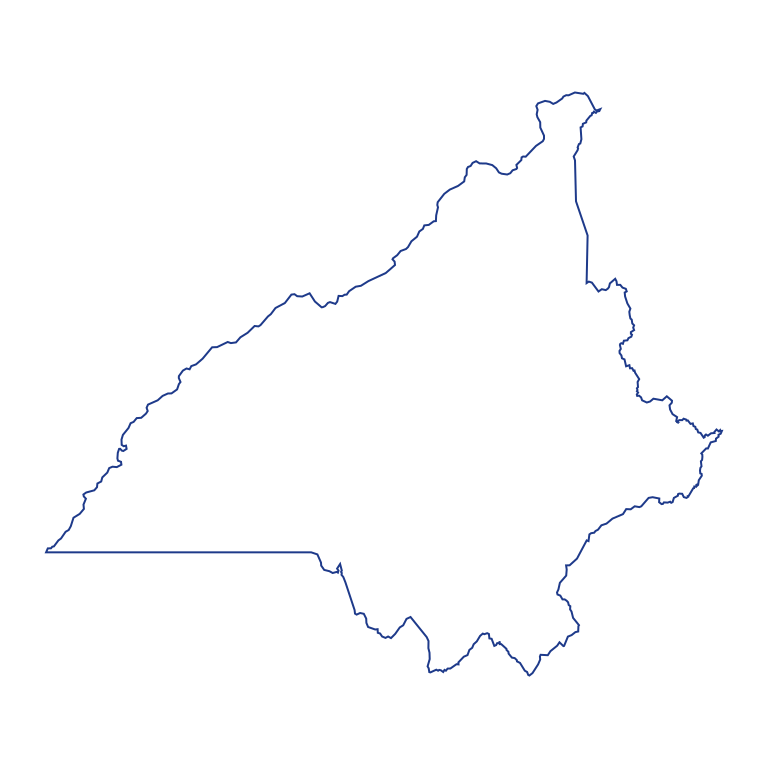 Malema, Nampula, Mozambique (Natural Earth projection)
{"feature_id": "85939544B80247740523844", "entity_name": "Malema", "entity_type": "district", "adm_level": 2, "iso_a3": "MOZ", "parent_name": "Mozambique", "parent_adm1": "Nampula", "projection": "natural_earth1", "projection_center": [37.595, -14.735], "detail": "fine", "context": "isolated", "style": "outline", "palette": "blue", "viewbox_px": 768, "rotation_deg": 0, "n_neighbors": 0, "source": "geoboundaries", "source_scale": "gbopen_adm2", "svg_char_len": 6098}
<svg xmlns="http://www.w3.org/2000/svg" viewBox="0 0 768 768"><path d="M532.5,673.1L538.1,664.4L540.2,659.5L539.9,656.5L540.6,654.8L547.8,655.2L550.4,651.2L557.2,645.7L559.5,642.3L563.4,646.1L564.1,645.9L567.9,636.6L571.6,635.1L575.4,632.1L578.2,631.5L578.4,626.2L579.0,625.2L573.1,617.9L571.5,611.5L570.1,609.4L570.3,606.2L568.7,605.0L568.1,602.3L566.6,600.7L564.7,599.4L562.5,599.4L560.3,595.6L557.5,594.5L557.0,592.5L558.4,589.5L559.9,582.8L566.2,575.6L566.7,569.5L566.1,565.4L569.6,565.3L577.0,558.6L586.7,540.4L588.5,541.1L589.4,534.4L591.1,533.2L594.2,532.7L595.5,531.0L598.0,529.7L601.4,525.3L606.5,523.6L612.5,518.6L623.0,514.1L626.2,509.1L630.7,509.3L634.7,506.3L639.4,507.1L641.3,506.3L648.6,497.9L652.6,497.2L659.3,498.5L659.1,502.2L661.6,504.1L662.9,503.9L663.9,502.4L667.7,502.6L670.2,501.7L671.2,502.8L672.6,502.1L673.9,497.9L677.9,495.7L678.0,494.2L679.2,493.6L682.2,493.8L683.8,497.1L686.5,497.9L688.1,496.8L687.8,496.1L688.8,495.7L693.2,488.3L694.1,488.1L694.3,486.5L696.1,486.7L696.4,484.8L697.3,484.4L697.5,485.4L698.1,484.9L698.8,480.2L701.8,475.7L701.6,473.9L700.3,473.4L700.0,470.5L700.4,467.9L701.5,466.3L700.9,461.3L702.1,459.9L702.4,456.9L702.3,454.6L701.3,453.4L706.2,448.4L707.9,448.5L710.7,442.4L715.8,441.0L716.0,438.6L718.6,436.7L718.5,434.8L720.7,433.7L721.9,430.9L720.6,431.0L720.2,430.1L719.0,431.5L716.5,429.5L714.3,432.1L714.5,433.0L711.0,433.3L707.9,435.7L706.0,434.5L704.8,435.5L704.7,437.1L703.7,437.7L700.5,432.9L698.2,432.4L697.3,429.6L695.8,429.0L695.3,426.8L693.5,426.1L692.8,423.4L690.5,423.9L687.8,420.4L686.5,420.6L686.2,419.6L683.6,418.7L682.3,420.1L679.3,420.1L677.9,421.2L677.8,422.5L676.4,421.8L677.2,421.8L676.2,421.1L677.1,417.1L672.6,414.2L670.1,409.5L669.5,405.3L671.8,402.7L672.0,400.7L666.8,396.3L662.3,400.3L653.4,398.7L650.1,401.5L646.8,402.5L642.1,400.3L641.1,397.4L639.1,395.7L637.2,395.9L636.8,394.5L638.1,392.5L636.9,391.2L637.5,390.1L636.9,388.3L638.0,387.1L637.6,382.0L639.2,379.1L635.1,372.7L634.5,370.5L633.5,370.8L632.2,368.2L630.0,368.3L629.4,365.2L626.1,366.3L624.5,359.4L622.0,358.3L621.4,355.4L619.6,353.1L619.5,350.9L620.8,348.9L619.9,345.0L620.3,343.8L621.3,343.2L622.9,343.8L623.9,340.7L627.4,340.3L628.5,338.1L631.3,336.7L632.0,334.7L630.9,333.8L630.9,332.1L634.1,330.1L633.2,327.6L634.1,325.3L632.3,323.5L631.7,319.6L630.4,318.5L629.7,315.1L629.3,311.8L630.4,308.6L627.4,303.5L625.1,296.5L624.7,292.5L626.7,291.4L625.8,288.8L622.5,287.6L620.3,284.9L617.0,284.9L616.5,281.3L615.2,278.8L609.9,283.4L609.0,287.1L607.8,288.7L605.8,290.1L601.8,289.2L598.5,291.5L591.9,282.6L588.8,281.6L586.6,283.1L587.6,235.5L576.0,201.3L575.0,160.4L573.7,156.5L577.6,150.2L578.1,148.3L577.6,147.5L578.9,144.1L580.3,143.5L581.4,139.2L580.6,127.4L582.6,126.4L582.9,123.8L586.2,122.4L586.4,120.6L590.3,115.9L591.6,115.3L592.2,113.0L593.2,112.9L593.8,111.7L595.9,112.9L597.0,111.5L599.3,111.1L600.3,109.1L596.7,110.5L594.9,109.5L587.9,96.1L584.4,92.9L583.3,93.8L574.9,92.5L568.6,95.3L566.2,95.2L563.4,96.6L562.2,98.5L556.5,102.5L553.2,103.9L549.8,101.8L545.0,100.9L538.0,103.4L536.3,106.1L537.6,109.8L536.7,114.3L537.4,117.2L540.2,122.2L540.3,127.6L544.0,135.6L544.0,138.9L542.8,141.2L536.0,145.9L525.7,156.7L523.1,156.5L521.6,157.4L521.3,160.1L516.4,164.9L517.1,168.0L516.4,169.0L512.6,170.3L510.3,173.2L507.2,174.5L501.6,173.7L498.9,172.4L496.2,168.3L492.3,165.1L486.3,163.5L479.6,163.4L476.1,161.2L472.6,162.9L470.6,166.0L468.0,167.0L466.8,169.0L466.6,174.9L464.8,177.3L464.2,181.4L458.1,185.9L449.8,189.6L444.3,193.8L437.7,202.2L437.3,205.0L438.0,207.3L436.2,215.3L435.9,221.1L433.7,221.3L428.8,224.9L424.3,225.4L422.9,228.9L419.3,231.5L417.0,236.7L411.4,241.3L408.0,247.1L406.0,249.0L400.6,251.0L397.2,255.2L393.1,258.2L392.5,259.3L394.6,261.6L395.0,265.0L385.8,273.0L368.4,281.1L360.9,285.8L355.7,286.7L349.1,291.2L346.7,294.6L344.6,294.7L342.4,296.1L338.6,295.9L337.2,301.6L335.4,303.9L330.0,302.1L327.9,302.9L325.1,306.1L322.9,307.1L321.6,307.3L314.9,301.5L309.6,293.3L302.3,296.5L297.2,296.2L294.5,294.2L291.4,294.6L284.9,303.0L275.5,308.0L270.8,314.2L268.0,316.4L260.5,325.1L258.5,326.4L254.6,326.0L247.6,332.8L240.4,337.3L236.0,342.4L230.9,343.1L227.7,342.0L217.1,347.1L212.1,347.3L202.6,358.7L196.0,364.4L191.3,366.1L189.6,369.3L186.5,368.5L182.9,370.6L178.9,376.1L178.8,378.0L180.5,382.0L178.9,384.1L177.1,389.4L171.5,393.4L167.9,393.5L162.6,395.9L157.7,400.3L148.0,404.6L146.6,407.8L147.7,411.0L146.0,413.6L141.2,417.8L136.7,418.1L133.6,421.9L130.6,423.2L128.5,428.0L122.9,434.9L121.5,439.6L121.7,444.9L123.7,446.2L126.0,445.6L126.6,448.9L123.3,451.0L121.8,450.6L120.2,448.8L119.1,448.9L117.8,452.8L117.4,458.4L118.0,460.7L121.0,461.8L121.4,464.7L116.8,467.1L112.5,466.7L109.2,468.1L107.3,472.6L102.3,477.4L101.2,481.5L97.4,483.5L97.0,487.2L94.3,490.3L86.2,492.5L83.4,494.5L83.8,496.4L85.9,498.7L83.5,504.6L83.9,508.9L79.7,513.9L73.5,517.7L70.8,526.2L68.7,530.0L65.6,531.8L61.0,538.5L58.4,540.4L53.9,546.4L52.3,546.7L51.0,548.3L47.8,548.4L46.1,552.3L311.1,552.3L317.4,554.4L321.0,562.6L321.2,565.6L324.2,569.9L329.4,571.2L332.7,573.0L336.8,571.9L337.9,572.6L338.5,570.6L337.1,568.6L340.1,564.0L341.8,570.6L341.1,571.9L341.8,573.0L341.5,574.8L343.3,577.0L345.4,582.3L354.6,610.1L355.0,613.6L356.6,614.6L360.1,613.0L363.8,613.8L366.2,618.6L366.4,622.9L368.1,627.0L375.2,629.5L377.6,629.2L377.8,632.8L380.1,633.5L382.1,636.5L385.5,637.9L388.1,636.5L391.0,638.1L395.2,633.9L399.8,627.4L403.2,625.3L406.5,618.9L410.5,617.0L426.7,637.1L428.5,641.0L428.4,648.2L429.5,652.7L429.7,659.1L427.6,666.4L428.7,668.3L429.3,672.1L430.4,672.4L436.3,669.7L438.1,670.7L439.2,669.9L440.9,670.3L443.2,672.0L444.5,669.9L445.9,670.7L447.6,668.6L450.4,668.5L456.5,664.2L458.5,664.4L458.4,662.4L463.8,656.7L467.5,655.1L469.4,649.9L472.2,647.8L473.7,644.2L476.8,641.4L480.1,635.9L482.8,633.6L484.3,634.2L487.2,633.2L488.9,634.0L489.4,638.4L491.6,638.8L494.3,645.9L496.1,645.1L497.2,643.1L499.1,643.1L499.7,641.3L499.8,644.1L501.2,644.1L506.4,648.8L506.5,649.9L508.4,651.8L508.6,653.6L511.9,657.6L514.7,658.1L516.8,660.1L517.0,661.4L520.0,662.9L524.8,670.7L527.1,672.0L528.2,674.9L529.4,675.5L532.5,673.1Z" fill="none" stroke="#1e3a8a" stroke-width="2"/></svg>